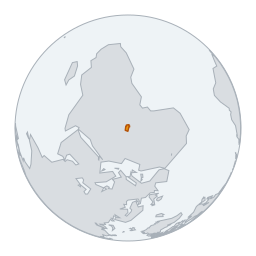 the Earth from above Barh El Gazel, rotated 177°
{"feature_id": "TCD-5581", "entity_name": "Barh El Gazel", "entity_type": "Prefecture", "adm_level": 1, "iso_a3": "TCD", "parent_name": "Chad", "parent_adm1": "", "projection": "orthographic", "projection_center": [16.439, 14.695], "detail": "fine", "context": "on_globe", "style": "filled", "palette": "amber", "viewbox_px": 256, "rotation_deg": 177, "n_neighbors": 0, "source": "natural_earth", "source_scale": "10m", "svg_char_len": 8552}
<svg xmlns="http://www.w3.org/2000/svg" viewBox="0 0 256 256"><g transform="rotate(177 128 128)"><circle cx="128" cy="128" r="113" fill="#eef3f6" stroke="#a8b0b8"/><path d="M98.6,19.3L92.7,21.1L94.3,20.6L90.1,22.1L90.4,22.3L87.8,23.3L90.4,22.6L92.7,21.8L94.5,21.3L94.9,21.4L91.7,22.5L91.0,22.6L90.3,23.0L88.5,23.6L89.6,23.4L85.6,24.9L90.1,23.7L87.4,25.1L84.6,26.1L84.2,25.6L76.7,27.9L73.8,29.3L70.0,31.5L64.4,36.1L61.4,38.1L57.9,41.1L59.8,40.0L63.2,37.3L66.0,36.3L69.9,33.5L71.6,32.8L75.8,30.5L75.9,31.3L73.6,33.6L70.1,35.7L69.0,36.9L72.9,35.5L66.9,40.5L63.9,45.9L62.2,47.4L58.0,48.5L56.5,46.5L51.0,49.4L55.3,48.2L51.1,52.4L50.7,53.6L51.3,53.9L53.2,52.7L51.9,54.5L47.2,55.9L48.3,54.3L49.8,53.8L49.0,53.0L45.8,54.6L44.0,56.9L41.1,57.9L39.8,59.7L38.4,61.2L40.8,58.1L36.4,63.8L32.8,67.9L26.8,78.5L27.6,77.0L31.7,69.5L36.5,62.4L41.7,55.6L47.5,49.3L53.7,43.4L60.3,38.0L67.3,33.1L74.7,28.8L82.4,25.0L90.4,21.8L98.6,19.3ZM17.0,108.6L17.5,106.4L18.1,105.4L16.8,111.7L18.1,106.8L17.8,110.7L19.6,113.4L19.2,114.6L20.5,124.7L24.0,130.8L24.8,136.1L24.2,138.7L25.9,140.5L25.9,142.4L34.3,149.2L40.0,156.0L40.8,162.6L38.0,168.5L40.0,183.0L36.1,185.2L38.2,190.7L40.5,197.5L37.8,195.0L41.8,200.0L42.9,201.7L42.2,201.0L37.1,194.5L32.5,187.7L28.4,180.5L24.8,173.1L21.8,165.5L19.3,157.6L17.4,149.6L16.2,141.4L15.5,133.2L15.4,125.0L15.9,116.8L17.0,108.6ZM24.8,82.9L22.4,89.9L22.3,89.0L22.6,88.4L23.7,85.5L24.1,84.6L24.8,82.9ZM27.5,77.4L27.9,76.5L27.8,76.9L27.5,77.4ZM75.5,30.2L75.7,30.3L74.8,30.7L75.5,30.2ZM77.2,29.1L76.1,29.5L76.8,29.0L77.4,28.8L77.2,29.1ZM78.5,28.9L78.1,28.2L79.2,27.5L82.8,26.2L78.5,28.9ZM93.2,21.5L90.8,22.4L92.5,21.6L93.2,21.5ZM93.8,21.1L96.3,19.9L100.1,18.9L98.5,19.4L103.2,18.2L103.8,18.2L101.4,18.9L98.8,19.5L101.1,19.1L93.8,21.1ZM95.4,21.0L95.6,20.8L98.9,19.8L99.2,20.2L98.0,20.3L95.4,21.0ZM104.8,17.8L106.6,17.4L107.8,17.2L109.0,17.1L104.2,18.1L104.1,17.9L104.8,17.8ZM97.5,20.6L99.2,20.4L98.0,21.0L95.5,21.2L97.5,20.6ZM99.6,19.5L101.2,19.1L100.4,19.4L99.6,19.5ZM94.8,23.5L94.9,23.0L96.6,22.4L94.8,23.5ZM100.0,20.3L100.4,20.1L101.1,19.9L102.0,19.9L100.0,20.3ZM105.4,18.0L107.4,17.6L108.4,17.6L105.0,18.4L106.9,18.1L107.2,18.1L104.1,18.7L105.4,18.0ZM105.0,19.3L101.0,20.5L100.4,21.5L98.9,22.0L100.1,20.4L105.0,19.3ZM104.7,18.9L104.5,19.2L102.7,19.5L101.7,19.5L104.7,18.9ZM110.3,17.4L109.6,17.2L110.4,17.0L110.3,17.4ZM105.2,19.4L106.1,19.2L105.4,19.5L105.2,19.4ZM109.1,17.9L108.8,17.8L109.7,17.6L109.1,17.9ZM108.3,18.8L107.0,19.1L106.3,19.1L108.3,18.8ZM109.0,18.3L110.3,18.1L106.8,18.8L108.7,18.3L109.0,18.3ZM110.0,17.8L110.4,17.7L110.0,17.9L110.0,17.8ZM111.8,18.9L107.6,19.8L106.0,19.6L110.3,18.7L111.8,18.9ZM212.6,53.6L213.5,54.7L214.3,55.7L219.5,62.4L224.2,69.5L228.4,76.9L231.9,84.6L232.6,86.2L233.4,88.3L232.6,86.7L234.0,91.4L237.4,101.3L238.2,104.6L239.3,112.3L238.9,109.9L236.9,105.8L238.3,114.0L239.9,119.2L240.5,126.6L240.1,125.3L239.2,118.9L238.5,117.2L237.4,110.1L234.4,100.7L233.8,103.7L232.6,99.6L228.3,92.7L226.8,96.9L225.3,110.2L227.1,121.0L225.7,126.6L218.9,112.9L215.2,103.1L213.2,104.9L205.9,97.8L194.5,100.1L192.5,97.8L190.5,99.5L185.2,97.7L182.0,93.8L179.0,94.7L187.5,104.9L190.7,104.1L192.8,99.2L194.6,103.1L199.6,105.9L195.5,117.0L178.0,129.0L175.6,121.1L159.0,100.7L159.2,98.2L159.1,97.9L158.8,97.5L158.0,101.6L154.9,97.6L164.4,112.0L166.3,118.5L177.7,129.5L176.8,130.9L180.3,133.0L190.7,128.3L190.9,131.0L186.4,144.3L171.4,163.1L173.1,174.0L171.4,183.4L161.4,190.4L161.5,197.2L156.2,200.0L155.4,203.8L150.7,208.1L143.2,212.2L131.2,212.8L131.0,209.5L125.8,203.1L119.0,186.5L122.6,178.6L121.8,172.4L113.0,158.4L115.0,150.5L112.5,147.1L107.5,147.9L104.5,143.9L101.4,143.7L81.6,145.7L75.2,140.0L67.0,123.2L70.3,117.0L70.4,109.5L93.2,85.8L98.6,87.4L117.2,84.4L119.6,85.3L118.1,91.0L132.5,97.7L136.4,92.8L148.9,96.0L156.8,95.3L158.5,84.5L145.6,85.4L142.7,80.5L152.6,75.4L163.8,75.1L163.0,73.2L155.4,69.5L157.5,65.9L152.7,68.0L155.1,69.8L152.1,71.3L149.8,69.8L150.7,68.5L147.1,67.9L144.2,74.9L146.2,77.5L137.3,79.3L139.8,83.9L137.6,86.2L132.4,79.4L132.5,76.8L123.5,69.9L122.6,72.7L131.1,79.5L128.6,79.1L127.5,83.5L126.5,79.8L117.4,72.1L109.0,73.9L99.2,84.6L94.1,85.5L89.4,83.3L92.1,72.5L103.2,71.8L104.3,68.5L101.3,63.8L104.9,64.2L105.1,62.3L109.2,62.1L114.2,57.7L118.3,57.2L119.6,51.9L121.9,51.0L120.5,54.3L121.7,56.6L131.7,56.0L133.4,54.8L133.4,51.5L136.2,52.0L134.9,49.0L140.4,47.5L132.7,46.9L132.5,43.6L135.4,41.0L133.9,40.0L129.3,44.2L128.6,46.1L130.3,47.8L127.4,53.5L124.1,54.6L121.9,48.6L117.0,49.6L117.5,45.0L129.9,35.6L135.4,33.9L146.0,37.3L145.1,39.2L140.9,38.8L145.4,42.0L144.8,40.4L147.1,40.9L147.5,38.4L149.1,38.7L146.7,35.9L148.8,36.0L150.2,37.8L152.6,34.6L156.7,34.5L156.4,33.6L155.0,32.8L161.2,33.5L160.7,32.9L158.5,32.4L156.2,30.9L154.4,28.7L156.6,29.1L157.6,29.9L162.9,32.4L165.0,34.8L165.7,34.8L164.4,32.8L157.9,29.7L156.3,28.3L159.5,29.5L158.2,29.0L158.0,28.4L160.0,28.3L156.5,27.0L152.0,21.8L155.3,21.4L158.7,22.8L157.8,20.7L161.6,21.2L159.6,20.6L157.8,19.7L156.6,19.5L155.5,19.2L151.1,17.8L158.9,19.7L166.6,22.2L174.0,25.2L181.2,28.7L188.2,32.8L194.8,37.3L201.1,42.3L207.1,47.8L212.6,53.6ZM86.1,98.1L85.7,100.3L86.1,98.1ZM176.3,80.6L182.6,80.2L178.6,74.1L180.7,73.5L178.6,71.8L178.3,73.7L173.0,68.9L175.3,66.8L173.9,64.2L171.8,64.2L168.4,69.1L176.0,75.7L175.0,78.5L176.3,80.6ZM19.7,113.4L19.8,115.0L19.4,114.6L19.7,113.4ZM21.5,91.3L21.3,92.0L20.9,93.3L20.9,93.1L21.5,91.3ZM21.9,96.4L22.0,97.7L21.5,97.4L21.9,96.4ZM22.1,91.1L21.7,95.7L20.7,96.1L21.1,93.3L21.3,93.7L22.1,91.1ZM25.9,80.5L25.6,81.3L25.1,82.3L25.9,80.5ZM27.5,77.7L27.4,77.6L27.9,76.6L27.5,77.7ZM51.4,52.3L51.7,52.3L52.0,53.0L51.1,53.3L51.4,52.3ZM57.8,52.8L55.6,55.6L56.5,53.7L54.8,54.6L54.8,51.8L61.4,48.0L58.4,50.1L57.8,52.8ZM56.5,47.6L55.8,49.4L56.3,47.6L56.5,47.6ZM101.8,53.5L103.4,54.6L102.2,56.6L97.0,58.2L98.8,55.1L101.8,53.5ZM106.0,55.7L105.3,49.9L108.5,49.0L106.8,50.4L109.0,50.4L106.9,52.8L110.6,58.0L109.8,60.2L100.7,61.3L104.1,59.6L102.3,58.5L106.0,55.7ZM97.9,39.4L97.6,37.7L104.9,37.9L104.3,39.6L99.1,40.9L96.7,39.8L97.9,39.4ZM84.8,27.1L84.2,27.0L85.1,26.6L86.4,26.3L84.8,27.1ZM94.7,23.3L88.2,27.3L87.3,27.3L84.7,30.1L81.1,31.3L82.9,29.4L78.2,32.6L78.3,31.3L75.4,33.6L79.8,29.2L79.8,28.5L81.2,28.8L84.5,27.7L85.9,27.0L90.0,24.6L91.5,22.9L95.1,21.7L97.1,21.4L97.3,21.7L95.0,22.3L96.8,22.2L93.6,23.2L94.7,23.3ZM119.4,22.8L116.6,22.6L119.8,24.1L116.6,24.6L117.2,24.7L115.0,25.6L113.5,27.1L111.9,27.2L112.0,27.8L110.6,28.5L110.2,29.4L107.2,29.9L106.4,31.1L105.5,30.7L104.9,32.6L104.0,31.5L102.1,32.6L104.0,33.1L89.1,35.5L83.6,37.9L79.5,40.7L78.4,38.8L81.6,35.1L86.9,31.3L92.3,29.4L90.9,29.1L93.1,28.2L93.3,28.8L94.2,27.3L96.1,26.8L100.8,24.4L101.0,22.9L102.7,22.1L103.6,22.4L104.7,21.4L107.5,21.6L108.8,21.1L112.8,21.0L113.7,22.2L115.1,21.6L118.2,21.7L119.4,22.8ZM112.9,18.9L114.7,19.8L113.8,20.7L107.2,20.6L105.6,21.0L101.3,21.4L102.7,20.2L103.8,20.2L105.2,19.9L104.2,20.4L106.0,19.8L107.6,19.9L109.4,19.5L109.5,19.9L112.9,18.9ZM122.0,83.2L123.8,83.3L126.6,83.0L125.9,85.9L122.0,83.2ZM115.7,77.9L117.3,77.5L117.7,81.2L115.8,81.1L115.7,77.9ZM117.9,74.4L117.4,77.2L116.5,75.7L117.9,74.4ZM121.9,53.9L123.5,53.4L123.8,54.2L123.1,55.4L121.9,53.9ZM128.3,28.4L126.9,27.9L127.3,27.6L125.9,25.9L128.2,25.6L129.9,26.5L128.3,28.4ZM156.5,86.5L154.4,88.7L153.1,87.8L154.1,87.2L156.5,86.5ZM139.6,87.4L143.6,88.6L139.3,88.2L139.6,87.4ZM130.6,27.8L129.7,27.1L131.4,27.4L130.6,27.8ZM129.8,25.3L131.7,25.5L128.3,25.4L129.8,25.3ZM187.1,221.3L186.8,222.0L185.6,222.5L187.1,221.3ZM188.8,179.5L180.1,196.2L175.3,197.0L175.1,192.6L178.8,182.7L184.6,179.1L187.6,174.2L188.8,179.5ZM240.1,138.8L240.1,135.8L238.0,123.1L238.8,122.5L240.5,129.1L240.5,130.9L240.5,133.5L240.1,138.8ZM227.5,121.9L229.6,127.6L228.6,129.2L227.5,121.9ZM234.5,91.3L234.7,92.4L234.2,90.8L233.5,88.6L234.5,91.3ZM149.0,26.4L148.4,28.8L149.5,30.9L152.4,32.3L148.0,31.6L146.3,28.4L149.0,26.4ZM151.4,22.2L148.8,21.3L150.0,21.3L150.8,21.4L151.4,22.2ZM149.7,22.0L146.2,21.9L144.8,21.1L147.9,21.3L149.7,22.0ZM138.5,24.3L138.1,24.9L136.8,24.6L138.5,24.3ZM154.9,19.1L153.5,18.7L153.9,18.7L154.9,19.1ZM149.7,17.8L150.2,18.0L148.8,17.6L149.7,17.8ZM151.4,18.7L149.9,18.0L152.7,18.9L151.4,18.7Z" fill="#d9dde1" stroke="#a8b0b8" stroke-width="1"/><path d="M126.9,131.0L127.0,130.9L127.0,130.3L126.9,130.2L126.9,129.9L126.7,129.8L126.4,129.8L126.4,129.2L126.7,129.1L127.3,128.4L127.4,128.2L127.4,127.8L127.7,126.9L128.1,125.4L128.4,124.8L130.7,125.8L130.8,126.0L130.1,129.7L129.5,129.9L129.5,130.0L129.4,130.3L129.5,130.8L129.4,130.9L129.3,131.0L129.2,131.0L128.9,131.0L128.7,131.0L128.1,131.2L127.9,131.2L127.7,131.2L127.2,131.2L126.9,131.0Z" fill="#f59e0b" stroke="#b45309" stroke-width="1.5"/></g></svg>